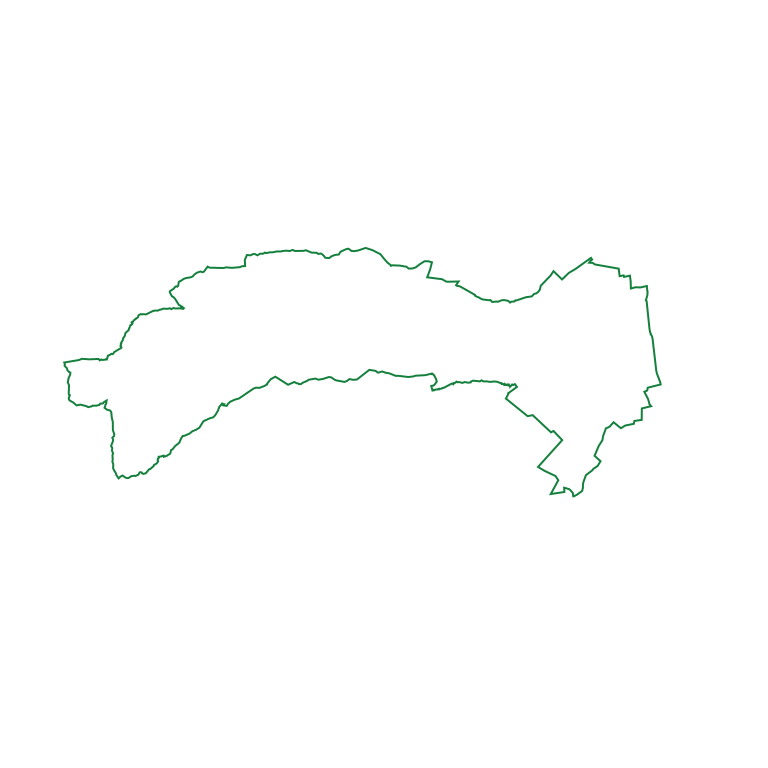 outline of Galda De Jos, Alba, Romania, rotated 325°
{"feature_id": "2599482B67050405953805", "entity_name": "Galda De Jos", "entity_type": "district", "adm_level": 2, "iso_a3": "ROU", "parent_name": "Romania", "parent_adm1": "Alba", "projection": "robinson", "projection_center": [23.552, 46.204], "detail": "fine", "context": "isolated", "style": "outline", "palette": "green", "viewbox_px": 768, "rotation_deg": 325, "n_neighbors": 0, "source": "geoboundaries", "source_scale": "gbopen_adm2", "svg_char_len": 6166}
<svg xmlns="http://www.w3.org/2000/svg" viewBox="0 0 768 768"><g transform="rotate(325 384 384)"><path d="M653.1,459.2L653.1,458.7L655.5,454.5L649.3,451.9L645.5,449.0L641.0,447.4L645.0,441.3L647.6,436.3L642.1,434.0L642.6,432.5L638.9,430.8L642.4,424.1L625.3,407.0L624.4,404.5L621.6,402.3L623.6,401.6L625.8,401.5L625.9,399.4L607.0,399.6L599.1,399.0L589.8,400.5L587.6,388.8L582.4,390.8L568.8,393.4L565.8,396.1L562.8,397.1L560.8,397.1L558.5,396.3L555.3,397.0L549.9,394.3L540.1,391.4L539.6,390.8L538.2,391.2L535.5,389.6L534.0,389.6L533.4,387.1L530.5,384.1L528.2,382.8L524.4,382.0L523.5,381.0L519.8,378.9L519.4,378.2L519.6,377.1L519.2,376.2L517.9,375.5L512.9,370.9L511.3,367.5L509.8,365.2L509.2,363.6L509.6,363.1L502.5,348.2L501.9,347.2L500.1,345.5L499.7,344.4L503.9,342.8L494.7,336.7L493.6,335.6L491.7,331.5L480.6,321.4L487.5,316.6L493.1,311.8L490.7,308.9L487.6,306.7L481.6,306.4L477.0,306.7L473.4,305.6L470.4,303.5L469.7,300.9L464.9,296.1L459.0,291.6L457.5,291.2L457.7,290.4L456.5,286.7L455.9,281.8L455.5,275.6L451.3,267.7L447.0,262.0L439.4,259.8L435.6,258.0L433.7,256.3L432.5,252.8L430.6,251.9L424.9,250.8L423.8,250.9L421.3,252.0L417.9,250.2L416.1,249.7L414.2,249.3L411.3,249.4L408.3,246.9L408.2,244.2L407.6,241.6L406.8,240.7L404.8,239.9L404.2,238.0L400.0,234.8L396.8,229.7L394.3,228.7L387.2,223.8L386.2,221.9L382.9,220.9L380.8,219.0L377.1,216.8L375.7,216.4L372.1,213.9L368.0,212.1L365.8,210.5L362.8,209.4L361.9,208.1L359.6,207.9L357.3,206.2L354.1,206.0L353.0,203.8L351.5,202.5L348.4,202.0L345.7,199.7L341.1,202.6L337.9,207.7L335.2,206.1L332.9,205.6L326.0,201.6L321.6,197.9L319.4,197.1L317.5,195.8L307.9,188.7L306.8,186.7L301.0,188.7L299.5,188.4L298.1,186.5L294.3,185.5L291.1,185.6L289.1,186.2L286.7,185.7L282.9,183.8L280.2,183.0L276.2,183.0L275.4,182.6L274.3,182.8L271.7,185.5L270.5,185.7L270.0,184.9L269.1,184.6L266.3,185.3L261.7,185.2L261.1,186.2L260.6,190.5L261.5,192.4L261.7,195.0L261.3,201.6L262.1,203.0L262.1,204.2L262.8,204.4L263.5,207.1L262.4,207.2L260.7,205.3L256.2,202.3L255.1,201.0L252.7,200.7L252.1,199.2L249.7,198.2L246.2,195.5L244.1,195.2L243.3,194.6L240.9,194.2L239.2,192.9L236.8,191.7L229.0,190.5L227.0,188.8L225.4,188.0L224.9,187.2L222.3,186.9L220.8,188.2L219.0,188.3L218.0,188.0L217.6,188.4L215.8,188.3L213.7,189.1L212.9,188.6L212.5,188.8L212.8,190.0L212.4,190.3L211.1,190.7L210.1,190.3L207.6,192.1L207.1,192.1L205.7,193.4L201.5,193.9L199.3,195.9L196.4,197.0L195.0,198.4L192.7,199.2L192.5,199.8L191.3,200.2L191.0,201.3L189.9,201.7L190.0,203.1L189.7,203.7L181.4,203.1L179.5,203.9L178.7,203.8L178.0,202.9L175.7,202.9L174.1,202.4L172.4,204.0L170.9,204.2L170.9,204.8L166.8,202.6L166.4,201.7L164.7,201.6L164.6,199.8L156.8,194.8L151.0,190.1L147.9,189.4L134.4,183.0L133.9,184.8L132.8,185.9L133.3,189.3L132.5,191.4L133.1,193.9L133.6,194.8L132.2,196.4L129.1,198.2L125.9,201.3L125.3,204.3L120.2,211.1L119.8,212.3L120.2,213.0L117.6,214.8L117.2,215.7L117.0,217.0L118.9,221.1L119.9,225.2L123.5,226.8L127.5,231.4L128.4,233.3L132.0,234.7L132.9,234.6L135.8,236.7L138.9,237.9L140.3,237.3L142.6,238.7L143.7,238.2L147.3,238.4L145.2,240.7L143.8,241.2L143.0,242.2L141.4,243.2L142.4,246.2L144.2,248.3L144.5,249.1L144.3,250.9L141.8,255.3L140.0,259.7L135.5,266.2L134.2,270.5L133.0,271.8L130.6,272.2L130.3,274.1L128.7,275.7L125.3,277.9L124.7,278.7L124.9,280.0L124.5,280.8L122.9,282.6L122.3,285.5L120.8,286.5L118.2,290.6L117.0,291.7L116.3,294.3L113.8,297.6L113.3,300.6L113.3,302.6L112.5,305.5L112.5,309.1L115.1,308.7L117.3,309.0L118.5,312.3L119.5,313.7L120.9,314.5L123.9,314.5L126.7,315.8L127.6,316.8L130.8,317.4L133.1,316.3L133.9,316.5L134.6,317.2L134.8,317.9L134.6,318.5L135.3,319.6L137.6,320.5L142.8,319.1L143.7,319.6L148.5,319.0L149.2,318.4L152.0,318.7L153.8,318.2L154.8,317.6L154.7,316.9L156.0,315.4L157.2,315.4L157.7,314.4L160.1,315.6L162.2,316.1L162.5,316.4L162.0,317.4L164.7,318.2L169.0,318.4L171.7,316.0L173.4,316.2L177.4,315.0L182.6,314.7L186.2,312.4L189.3,311.1L190.7,311.9L196.3,313.1L200.0,312.8L203.7,313.7L207.7,313.9L214.8,310.9L221.7,312.2L224.8,313.3L225.9,313.2L228.0,312.7L232.9,310.5L235.7,308.4L240.3,307.1L240.6,307.7L240.3,308.4L241.2,308.9L240.2,309.4L242.6,311.7L244.7,310.8L247.7,310.3L252.6,311.2L257.1,312.7L274.4,312.9L277.2,313.7L279.7,315.7L284.8,317.0L288.0,317.3L288.4,316.7L293.9,315.1L299.2,315.7L305.0,329.6L311.7,330.9L312.7,333.0L314.0,334.3L314.1,335.1L315.7,336.4L318.5,336.4L323.0,337.4L324.5,337.2L330.9,340.2L332.8,342.9L337.0,344.9L342.7,346.6L344.6,348.3L346.0,352.2L347.0,353.7L352.8,359.6L355.5,360.3L358.5,360.1L360.9,362.7L364.4,364.8L380.1,364.0L384.6,368.4L385.6,371.3L389.7,372.7L392.3,376.3L394.4,378.2L398.2,384.0L400.3,385.4L407.9,392.2L412.1,394.5L414.6,395.3L423.0,400.5L429.2,402.9L428.9,403.5L430.0,404.5L430.0,406.1L429.5,409.7L428.6,412.3L424.9,413.6L423.3,413.5L421.6,412.7L420.0,417.1L421.4,417.3L421.4,417.9L423.0,418.1L424.9,419.3L425.7,419.2L426.0,419.9L426.7,419.7L428.3,420.8L430.0,420.9L430.5,421.4L439.6,422.5L440.3,422.9L440.5,423.8L441.6,423.2L441.9,423.8L444.8,423.7L445.0,424.5L447.0,425.8L448.7,428.0L451.2,428.7L453.8,431.3L455.9,432.4L456.5,431.9L458.8,432.3L464.0,436.8L466.1,437.0L466.3,437.8L467.3,439.2L469.6,440.7L471.8,442.9L476.1,445.4L478.0,447.1L479.8,449.9L480.5,450.2L480.9,451.1L480.5,451.6L481.8,452.6L481.9,453.8L482.3,454.1L483.0,453.4L483.4,454.7L484.5,455.9L485.0,455.2L486.0,455.9L485.7,457.8L486.5,458.1L486.2,458.5L488.7,457.9L489.1,458.9L491.2,459.2L491.2,462.7L480.6,462.8L480.6,463.2L475.5,465.9L483.2,492.7L487.9,494.8L493.1,519.4L495.9,519.7L497.8,532.2L462.6,540.3L465.9,547.6L471.7,557.7L471.6,562.8L457.5,569.8L469.8,575.9L472.1,572.3L475.4,576.4L475.8,578.0L476.2,581.4L474.6,584.6L475.1,584.9L479.1,585.4L485.1,585.2L487.4,583.1L489.1,580.7L491.0,578.8L497.1,574.5L504.9,574.2L507.0,573.6L511.9,573.7L517.1,571.4L515.3,563.6L524.4,557.9L530.7,555.3L533.4,552.5L540.3,547.6L544.1,548.4L550.1,547.0L552.7,556.1L557.8,556.4L565.8,559.9L567.9,557.9L574.5,561.2L581.2,551.9L590.1,555.4L589.9,552.8L591.7,547.8L592.8,539.7L595.9,540.3L597.9,538.3L610.4,543.1L611.4,540.6L613.6,531.8L614.8,529.0L630.0,500.9L631.0,498.3L631.0,496.2L631.3,496.1L631.6,494.4L633.1,491.1L646.7,466.7L646.5,465.7L650.8,462.2L653.1,459.2Z" fill="none" stroke="#15803d" stroke-width="2"/></g></svg>